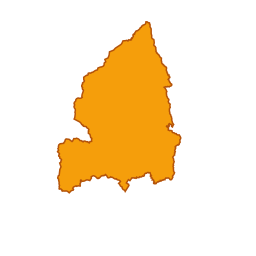 the district of Tha Pla, Uttaradit, Thailand, rotated 313°
{"feature_id": "78962969B89891348758584", "entity_name": "Tha Pla", "entity_type": "district", "adm_level": 2, "iso_a3": "THA", "parent_name": "Thailand", "parent_adm1": "Uttaradit", "projection": "albers", "projection_center": [100.444, 17.83], "detail": "fine", "context": "isolated", "style": "filled", "palette": "amber", "viewbox_px": 256, "rotation_deg": 313, "n_neighbors": 0, "source": "geoboundaries", "source_scale": "gbopen_adm2", "svg_char_len": 5836}
<svg xmlns="http://www.w3.org/2000/svg" viewBox="0 0 256 256"><g transform="rotate(313 128 128)"><path d="M36.5,119.1L36.6,119.6L37.2,119.8L37.7,120.5L37.4,121.1L37.7,122.0L37.0,122.5L37.2,123.2L38.0,123.7L38.2,124.2L40.1,126.1L40.5,127.7L40.5,129.2L43.6,129.3L45.2,130.3L46.0,130.0L46.2,128.7L47.7,128.4L50.3,129.5L50.3,130.2L51.8,131.0L52.9,132.6L53.8,132.0L54.2,131.0L56.0,130.6L56.1,130.0L56.8,129.7L57.4,128.9L57.7,128.9L58.0,129.5L57.5,130.4L58.1,131.2L59.6,132.3L61.6,133.0L62.7,134.2L63.5,135.9L66.4,135.4L67.2,134.4L69.0,134.9L69.7,135.5L70.3,137.3L70.2,140.0L71.1,140.4L71.0,140.8L71.9,141.2L74.9,141.2L75.4,141.8L76.1,142.0L76.6,142.9L77.2,142.8L77.7,143.4L78.6,143.3L78.6,144.9L77.9,146.9L78.0,147.5L79.6,148.6L80.5,148.6L80.7,149.5L81.3,150.3L81.7,152.9L82.3,153.5L82.4,154.1L83.0,154.3L82.8,155.5L83.7,156.9L83.9,158.1L83.7,159.0L81.1,158.9L81.1,160.4L80.5,161.7L80.5,162.9L80.8,164.0L80.1,164.7L79.8,165.7L79.7,166.5L80.2,168.0L79.7,169.2L86.6,167.9L87.3,166.7L86.9,165.9L86.7,164.3L90.5,163.5L90.8,165.3L94.3,164.9L94.5,165.4L95.1,165.7L95.7,166.9L96.1,166.9L96.4,167.3L96.6,168.2L97.2,168.4L97.9,167.9L98.1,168.6L99.2,169.9L100.2,169.7L100.6,170.5L101.6,171.3L102.8,171.3L103.1,172.0L103.5,172.4L104.3,172.4L104.6,171.9L105.6,171.6L106.7,171.6L107.5,172.4L108.6,172.5L109.3,173.1L109.3,173.8L110.3,174.5L110.2,175.0L109.7,175.6L109.4,176.5L108.4,177.0L108.7,177.4L108.2,177.4L108.3,177.7L107.8,178.3L107.9,179.1L107.5,179.2L107.8,179.5L107.2,180.6L107.3,180.9L106.7,181.2L107.3,181.5L107.3,182.5L106.7,182.8L106.5,183.9L105.4,184.1L105.2,184.4L105.4,184.5L105.0,184.6L105.0,185.2L104.7,185.3L105.4,185.3L105.6,185.7L106.2,185.9L106.2,186.3L106.6,186.5L107.3,186.2L109.0,186.5L109.4,187.1L109.8,186.9L111.0,187.8L111.7,187.4L112.1,188.5L113.2,188.5L113.7,189.2L114.3,189.1L115.4,190.3L115.9,189.9L117.3,189.8L117.8,190.6L119.0,191.5L119.3,192.8L118.9,193.9L119.0,194.3L119.5,194.8L120.3,195.0L122.7,194.3L122.9,193.6L123.4,193.3L125.2,193.2L127.1,192.5L127.3,191.1L129.3,188.8L130.0,188.5L130.4,187.4L131.0,186.9L131.8,186.8L132.2,185.9L134.9,184.7L135.4,183.5L136.4,182.5L137.2,180.6L139.7,180.3L140.1,180.5L140.8,179.6L141.7,179.4L142.0,178.7L142.9,178.8L143.4,177.5L145.6,176.7L145.7,176.1L146.4,176.0L146.7,175.2L149.6,175.8L149.8,176.4L150.8,176.6L151.9,175.9L153.0,175.9L154.7,174.0L156.1,173.8L157.0,173.0L157.9,170.2L156.9,169.2L156.5,168.0L156.8,167.1L155.9,166.2L156.0,165.2L155.0,163.6L155.3,162.8L155.9,162.3L155.5,161.1L154.3,160.1L154.4,159.5L153.9,159.0L154.1,158.6L155.5,157.7L155.4,155.1L155.8,154.9L156.2,155.2L156.7,155.9L156.6,156.6L157.0,157.0L157.8,156.7L158.1,155.4L159.0,155.2L159.5,155.3L159.5,156.4L160.2,157.4L158.9,158.8L159.1,159.8L160.4,159.2L161.7,159.0L162.0,157.3L163.9,154.1L164.5,154.0L165.3,152.6L165.7,152.4L165.8,151.6L166.8,150.1L166.8,149.5L167.3,148.3L168.1,147.8L168.3,147.1L169.6,145.8L170.7,145.0L171.8,144.9L173.0,143.3L174.2,142.6L174.1,140.8L174.9,139.3L175.9,139.0L176.8,138.3L176.8,136.8L177.5,135.5L177.6,134.7L180.0,131.9L181.1,131.6L181.1,131.1L181.6,130.6L182.5,127.8L182.5,126.7L184.1,127.5L184.5,128.5L185.4,128.6L186.2,130.1L186.7,130.0L188.1,130.8L189.4,130.7L189.9,129.8L189.5,129.1L189.9,127.9L189.8,127.4L190.3,126.9L190.4,125.9L191.2,124.8L190.9,124.3L191.9,124.0L193.4,124.2L194.0,123.3L193.8,122.9L194.7,121.7L194.0,121.0L195.1,119.4L195.0,118.8L195.6,118.2L196.4,116.5L198.2,115.3L198.6,114.5L198.2,113.3L198.4,112.6L198.1,112.2L198.5,111.0L198.2,110.4L198.5,109.9L198.3,108.9L199.1,107.6L199.8,107.0L199.8,106.5L201.9,104.8L201.7,103.3L202.6,100.4L202.4,99.4L202.7,98.4L202.4,97.8L202.9,97.3L203.0,96.2L204.0,95.5L204.7,94.4L205.6,93.8L206.2,92.2L206.0,91.4L206.2,90.3L208.2,89.1L210.0,87.0L210.3,86.5L209.9,84.9L210.2,83.7L211.8,82.3L212.9,80.5L216.3,77.3L217.1,75.0L218.6,73.7L218.7,72.6L219.4,72.4L219.5,71.9L218.7,70.6L218.7,69.6L217.9,68.7L216.6,69.6L215.6,69.8L214.2,69.3L213.7,68.8L212.8,69.0L211.8,68.5L210.8,69.0L209.6,68.6L208.3,69.0L205.6,68.6L204.9,68.0L203.9,67.7L203.6,68.0L202.2,68.1L201.7,68.5L201.2,68.4L200.9,68.8L200.4,68.0L199.3,68.2L199.1,68.9L198.4,69.6L196.5,69.3L196.4,69.9L195.2,69.5L194.9,70.3L194.5,70.2L194.5,69.6L193.7,69.6L193.1,68.4L191.6,68.6L191.4,67.4L190.3,66.7L188.3,64.9L185.7,65.8L184.3,65.9L177.7,64.3L175.1,64.4L171.1,62.5L168.4,64.5L165.6,65.6L162.4,64.3L161.2,66.6L159.3,66.3L157.8,67.5L156.6,67.8L154.6,67.0L153.7,66.2L151.4,65.1L149.7,66.0L147.8,64.9L144.6,64.2L144.3,63.7L142.6,63.3L142.4,62.7L141.1,61.6L140.4,61.8L139.9,62.5L138.9,62.3L138.3,61.7L134.9,61.0L133.0,62.9L132.9,63.8L132.5,64.1L131.9,64.3L130.0,64.0L129.4,64.4L129.3,64.8L127.8,65.0L126.9,65.8L126.9,66.2L126.5,66.6L126.5,67.3L125.7,67.7L125.2,68.6L125.4,69.3L125.0,69.9L121.2,71.6L119.6,72.7L119.2,73.6L117.8,73.3L116.8,72.5L115.9,71.0L114.3,70.4L113.0,70.6L112.1,71.3L110.1,71.3L109.8,71.7L109.2,71.8L108.6,73.1L108.1,73.1L107.7,73.8L106.7,74.0L106.1,75.2L105.9,76.4L105.1,77.4L103.2,78.6L103.0,79.2L101.8,80.2L99.4,81.9L97.8,82.5L99.5,88.6L99.4,90.8L99.0,91.6L99.4,93.2L99.0,93.2L99.0,94.4L100.5,96.5L100.1,97.7L100.4,99.5L100.1,100.5L98.8,101.0L98.6,101.6L98.2,101.6L97.1,102.6L97.4,104.5L95.6,107.2L95.8,108.1L95.4,108.4L95.4,109.0L94.8,109.1L93.4,110.5L92.1,109.4L90.8,109.9L90.3,108.7L90.6,108.0L89.5,106.8L89.1,105.5L88.4,104.7L87.2,104.6L87.3,103.7L86.8,103.0L86.9,102.4L86.0,101.3L86.3,100.1L86.1,98.9L85.4,97.3L84.3,96.8L83.3,95.6L80.6,96.4L79.9,96.3L79.6,92.7L77.8,90.2L76.8,90.1L74.7,91.1L73.8,91.0L72.9,91.4L70.2,89.1L68.4,88.9L67.0,89.7L66.4,90.5L65.1,90.8L64.7,92.0L64.1,92.6L63.1,92.4L62.6,92.6L62.5,95.3L62.3,95.6L60.8,95.9L60.2,96.6L60.4,97.6L59.4,98.8L59.6,100.3L59.4,101.1L58.0,101.5L57.3,102.2L55.8,101.9L53.9,105.5L51.1,106.5L46.5,109.9L45.6,109.6L43.6,110.6L43.3,111.1L43.3,112.1L42.4,113.0L41.4,114.6L40.1,115.7L39.3,117.1L38.4,117.4L37.8,118.2L36.5,119.1Z" fill="#f59e0b" stroke="#b45309" stroke-width="1.5"/></g></svg>